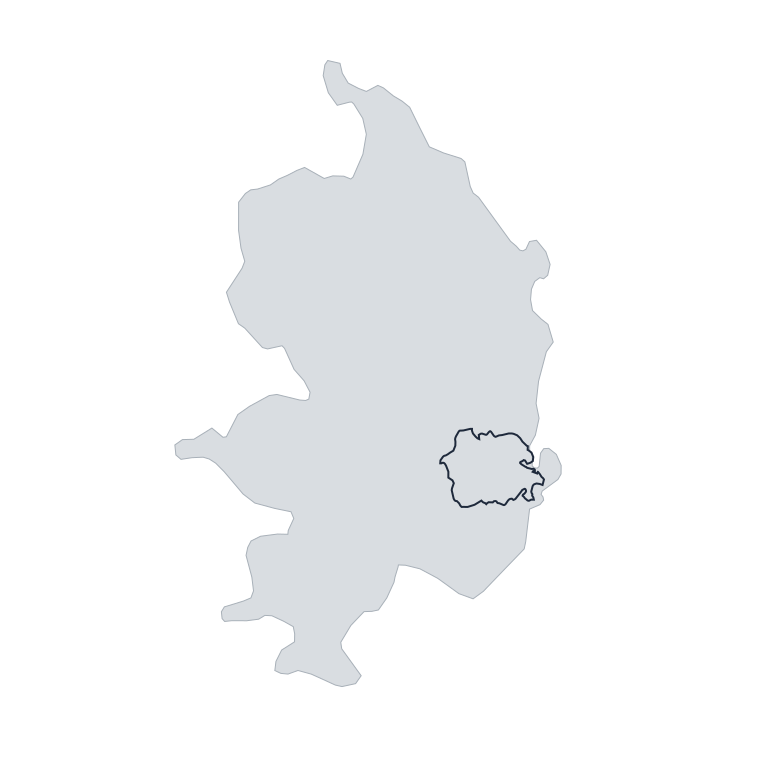 location of Zürich within Switzerland, rotated 102°
{"feature_id": "CHE-176", "entity_name": "Zürich", "entity_type": "Canton", "adm_level": 1, "iso_a3": "CHE", "parent_name": "Switzerland", "parent_adm1": "", "projection": "orthographic", "projection_center": [8.664, 47.43], "detail": "fine", "context": "in_parent", "style": "outline", "palette": "slate", "viewbox_px": 768, "rotation_deg": 102, "n_neighbors": 0, "source": "natural_earth", "source_scale": "10m", "svg_char_len": 4852}
<svg xmlns="http://www.w3.org/2000/svg" viewBox="0 0 768 768"><g transform="rotate(102 384 384)"><path d="M561.9,241.1L566.0,243.6L575.6,252.2L573.5,267.1L562.9,291.1L557.3,310.5L556.8,325.3L558.0,332.3L560.0,332.2L570.5,333.1L575.8,333.0L592.7,336.8L606.2,342.5L608.9,348.6L610.8,356.2L627.0,366.2L645.6,372.6L651.8,370.3L674.1,345.7L683.0,349.5L688.7,362.2L688.6,369.0L682.9,394.8L682.1,408.6L687.7,417.6L688.5,424.7L687.0,431.2L677.8,432.0L665.5,428.8L654.8,417.9L647.0,419.4L640.2,422.3L636.9,432.9L634.0,445.5L635.1,452.4L640.1,457.7L644.1,469.0L647.2,483.8L649.4,490.5L647.1,493.6L640.6,495.7L635.2,493.8L625.5,476.3L620.9,469.7L613.5,468.6L600.4,473.1L580.3,483.3L572.1,483.3L565.2,481.4L558.6,473.1L552.9,456.9L551.0,446.8L547.2,447.2L534.3,444.3L528.3,448.4L528.4,465.0L527.3,485.6L520.9,499.0L503.0,522.1L496.4,532.2L493.7,539.4L493.2,545.7L496.0,556.5L499.9,566.9L496.7,572.8L487.1,575.9L480.3,569.6L477.6,558.5L462.9,543.2L469.6,530.4L468.4,527.2L444.2,520.6L433.8,510.9L419.2,493.9L416.5,486.6L417.2,463.0L416.4,457.2L414.4,454.4L407.4,454.6L397.5,462.8L388.4,475.0L369.8,488.7L367.8,491.7L373.9,505.2L373.6,510.5L358.3,531.8L355.3,538.9L335.9,552.2L327.0,557.2L300.3,546.9L292.9,545.7L280.9,552.1L263.9,558.2L236.4,564.0L226.5,559.2L221.8,554.7L219.6,548.2L212.9,536.5L205.4,529.5L200.1,522.0L193.2,513.6L188.7,506.7L195.4,485.2L191.1,477.4L189.1,466.5L190.4,459.1L188.0,457.3L163.7,452.4L143.4,453.2L128.6,460.0L116.4,471.7L114.9,474.2L115.5,476.4L121.1,487.7L110.7,499.0L95.0,507.6L84.1,508.2L79.3,506.3L79.5,493.7L88.7,489.4L97.1,481.6L100.2,470.2L101.5,462.1L93.2,452.1L94.5,446.1L100.2,434.9L103.6,425.0L108.0,416.4L125.3,402.8L142.6,389.0L145.6,373.9L147.4,355.5L149.9,351.1L172.9,340.7L178.7,336.5L181.7,330.3L200.0,310.0L218.1,289.9L221.8,283.1L224.8,279.1L224.9,275.8L222.7,273.2L214.4,271.3L211.7,264.7L221.0,253.2L232.5,246.4L243.6,246.5L247.9,249.8L247.6,253.7L252.3,257.9L260.6,259.5L271.0,258.2L281.3,254.0L287.8,243.7L291.6,236.0L307.8,227.2L318.7,231.9L349.1,233.4L371.4,231.2L385.3,225.2L402.6,225.3L414.1,228.7L416.1,228.3L419.3,227.5L422.5,224.2L433.4,222.0L434.8,219.3L434.4,216.5L432.4,215.1L419.1,216.5L414.0,214.3L412.7,209.4L417.0,200.8L426.8,193.8L435.2,192.1L441.2,194.0L455.8,207.0L459.3,207.4L461.4,205.0L464.4,203.7L469.5,206.3L475.2,214.3L476.1,215.6L508.9,212.6L516.2,212.6L538.6,226.6L561.9,241.1Z" fill="#d9dde1" stroke="#a8b0b8" stroke-width="1"/><path d="M439.0,220.3L439.7,215.6L438.5,215.5L437.9,215.3L437.9,215.2L439.8,212.8L442.1,210.6L443.0,208.9L444.1,207.7L449.8,207.9L449.4,210.9L449.6,214.1L450.2,215.2L451.0,216.4L451.9,217.0L453.1,217.4L458.5,217.6L459.3,217.3L460.0,216.9L460.5,216.3L460.9,216.0L461.2,215.9L461.8,216.0L462.4,215.8L462.9,215.4L463.5,214.7L463.8,214.4L466.0,213.4L466.5,216.0L468.0,217.8L468.2,218.6L468.0,219.6L467.5,220.4L466.5,222.4L465.3,223.7L464.5,225.2L464.1,225.2L463.5,225.1L462.9,224.7L462.2,223.9L460.2,222.9L459.3,222.8L458.4,223.1L457.5,223.8L457.3,224.2L457.3,224.7L457.8,225.4L459.0,226.8L460.6,227.4L469.0,231.5L469.8,232.3L470.5,233.4L470.3,233.7L469.6,235.1L470.2,236.8L471.0,237.7L472.3,238.5L476.2,240.1L477.2,240.9L477.5,241.5L477.5,242.1L476.7,246.3L476.7,246.7L476.7,247.1L476.8,247.4L476.8,247.6L476.8,248.0L476.6,248.5L476.3,248.8L475.7,249.3L475.5,249.5L475.4,249.9L475.3,250.5L475.6,251.6L475.9,252.2L477.2,253.0L477.9,257.1L479.2,258.4L480.3,259.0L479.5,260.2L479.3,261.6L479.1,262.5L478.8,263.1L477.8,264.5L483.1,270.1L483.7,271.0L486.9,276.7L487.7,280.9L488.1,282.5L487.7,283.2L486.9,284.2L485.1,285.7L484.2,287.1L483.4,288.3L483.5,289.9L482.9,290.9L481.7,292.0L473.8,295.7L472.0,295.8L466.5,295.1L464.0,297.0L462.2,301.6L456.4,302.8L451.2,306.2L449.8,307.4L449.1,308.3L448.8,308.9L448.7,309.4L448.8,310.0L448.9,310.4L449.7,311.4L449.9,312.5L446.9,312.9L442.9,311.2L441.9,310.4L441.4,309.6L441.1,308.8L439.5,307.0L437.3,305.0L434.8,302.3L429.5,301.4L425.7,302.1L423.2,303.0L421.8,303.0L420.2,302.7L414.9,301.0L414.0,300.4L413.7,299.6L413.5,298.7L412.9,296.6L409.9,290.2L409.6,288.6L410.0,288.5L410.4,288.5L410.7,288.5L411.6,288.1L413.9,286.7L416.4,283.5L417.7,281.3L418.1,279.4L414.1,280.7L412.5,279.0L412.2,278.2L412.1,277.6L412.2,276.9L412.4,274.8L412.5,273.6L411.9,272.8L409.3,271.5L408.5,270.9L408.1,270.4L408.4,269.4L411.9,265.7L412.5,264.1L412.2,263.4L410.4,260.9L409.4,257.9L406.4,251.6L405.8,248.8L405.8,246.8L406.5,243.1L408.7,239.5L411.6,236.6L414.7,231.6L414.9,230.4L418.6,229.8L418.8,228.9L420.4,225.5L424.4,222.8L428.4,222.4L430.5,224.3L432.1,227.0L432.3,227.4L429.5,230.1L429.4,231.6L429.9,231.9L430.8,232.8L431.2,233.3L431.6,233.9L432.0,234.4L432.4,234.5L432.9,234.5L433.9,233.0L435.6,228.4L435.6,227.7L436.2,226.7L436.3,225.2L436.3,223.8L436.4,222.5L436.4,221.8L436.1,221.0L435.8,220.1L436.2,219.0L436.6,218.6L437.3,218.4L437.9,218.3L438.0,218.7L438.1,219.9L439.0,220.3Z" fill="none" stroke="#1e293b" stroke-width="2"/></g></svg>